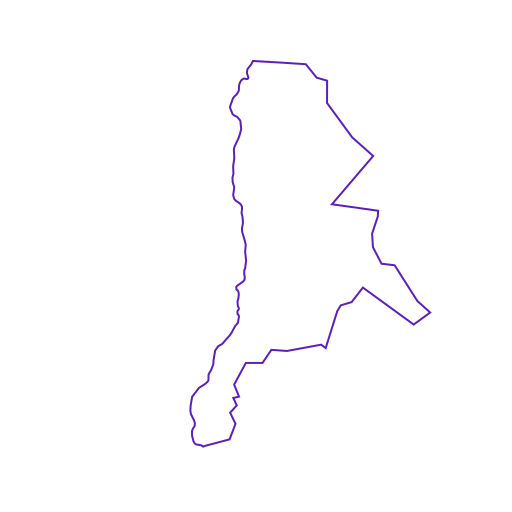 the district of McCormick, South Carolina, United States of America, rotated 51°
{"feature_id": "52423323B96528325771668", "entity_name": "McCormick", "entity_type": "district", "adm_level": 2, "iso_a3": "USA", "parent_name": "United States of America", "parent_adm1": "South Carolina", "projection": "albers", "projection_center": [-82.328, 33.836], "detail": "fine", "context": "isolated", "style": "outline", "palette": "violet", "viewbox_px": 512, "rotation_deg": 51, "n_neighbors": 0, "source": "geoboundaries", "source_scale": "gbopen_adm2", "svg_char_len": 2058}
<svg xmlns="http://www.w3.org/2000/svg" viewBox="0 0 512 512"><g transform="rotate(51 256 256)"><path d="M102.5,135.7L104.0,139.0L105.4,145.0L107.1,147.0L108.7,148.2L111.8,149.3L112.7,149.7L113.0,150.4L113.1,151.2L112.6,152.0L111.5,152.7L110.5,153.8L110.2,155.1L110.2,156.9L110.8,158.7L111.9,160.6L113.5,162.5L116.2,164.8L117.1,166.1L118.2,169.4L118.5,172.9L119.1,174.9L123.4,181.9L124.7,183.0L131.1,184.9L133.0,184.5L136.1,183.1L140.3,183.0L141.5,183.3L148.0,187.6L150.9,191.4L153.2,195.0L157.3,203.5L159.1,206.0L166.3,211.3L172.0,217.4L177.9,221.8L180.3,225.0L184.2,227.8L188.4,229.4L189.5,230.2L193.7,234.8L194.8,235.7L198.3,237.1L201.1,236.7L203.1,236.0L206.4,235.3L208.9,235.9L210.8,237.4L213.5,240.2L216.4,241.5L219.5,243.4L222.4,245.6L225.5,249.3L226.9,250.5L228.4,251.5L238.0,255.5L240.8,256.9L245.9,261.8L253.4,266.6L258.8,272.3L259.6,273.9L262.0,276.1L265.5,278.1L267.0,279.6L267.5,280.8L267.7,282.9L267.3,289.2L267.4,290.1L268.0,291.2L269.9,292.3L271.3,291.9L272.8,292.2L275.0,293.5L277.7,296.2L279.6,298.9L283.6,301.7L285.2,301.9L286.1,302.5L286.7,303.1L287.0,304.7L287.7,305.7L289.8,306.9L290.6,306.7L292.2,307.2L296.5,312.0L297.3,316.2L300.5,323.9L301.2,326.6L303.1,337.8L302.3,342.1L303.8,347.3L310.5,354.8L312.7,356.7L313.7,358.0L316.4,362.7L317.8,366.5L318.5,367.7L322.8,371.3L323.3,373.2L323.3,373.5L323.4,376.0L322.6,383.2L325.2,394.2L331.0,400.8L334.6,404.1L337.7,406.0L343.4,407.3L344.6,407.6L346.7,408.3L347.8,409.0L349.4,410.5L350.7,414.2L352.0,416.1L354.1,417.7L355.3,418.7L360.6,421.2L363.1,421.6L364.9,421.0L368.0,418.2L370.1,417.1L370.8,417.1L371.7,414.6L381.9,391.9L373.5,377.5L361.5,374.7L360.0,365.0L352.1,363.0L354.6,357.7L342.2,353.9L332.7,331.2L343.2,318.2L338.6,303.1L349.3,291.7L365.9,261.2L371.4,259.8L349.9,227.4L347.7,221.1L352.0,210.7L347.8,192.8L408.5,176.6L409.5,156.2L392.4,158.9L350.4,154.1L341.0,163.3L322.8,159.6L311.7,151.7L301.9,136.4L297.7,132.6L263.6,164.4L252.0,102.0L224.3,106.6L181.8,104.5L164.5,90.4L155.6,96.6L138.3,96.6L122.4,113.8L102.5,135.7Z" fill="none" stroke="#5b21b6" stroke-width="2"/></g></svg>